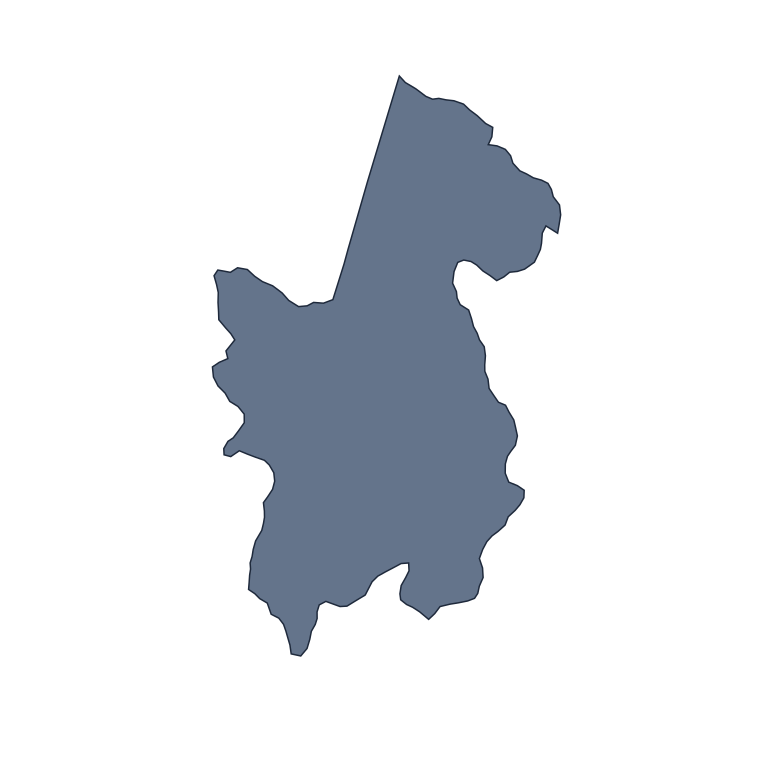 Alvarenga, Minas Gerais, Brazil, rotated 307°
{"feature_id": "56859067B30296109157485", "entity_name": "Alvarenga", "entity_type": "district", "adm_level": 2, "iso_a3": "BRA", "parent_name": "Brazil", "parent_adm1": "Minas Gerais", "projection": "robinson", "projection_center": [-41.705, -19.42], "detail": "fine", "context": "isolated", "style": "filled", "palette": "slate", "viewbox_px": 768, "rotation_deg": 307, "n_neighbors": 0, "source": "geoboundaries", "source_scale": "gbopen_adm2", "svg_char_len": 2643}
<svg xmlns="http://www.w3.org/2000/svg" viewBox="0 0 768 768"><g transform="rotate(307 384 384)"><path d="M608.9,431.9L616.7,427.9L625.4,423.3L632.6,416.4L635.4,406.5L640.1,400.6L642.9,394.2L641.6,387.1L638.5,379.1L637.6,371.7L636.0,364.2L637.9,354.1L642.5,347.7L644.4,339.7L642.2,331.0L637.9,323.2L646.3,321.4L654.4,316.4L653.2,308.4L654.4,297.0L654.4,287.3L655.4,279.1L652.3,269.4L648.3,262.6L645.1,255.9L640.7,251.4L638.9,244.3L638.9,231.9L637.6,219.6L639.2,210.9L535.8,249.0L470.0,274.2L455.7,279.9L420.6,292.4L412.1,287.0L406.8,278.7L400.2,275.6L394.4,269.2L393.4,257.6L395.4,247.9L395.4,236.0L392.6,225.3L392.2,215.9L393.2,206.0L388.7,197.1L380.7,194.1L377.9,188.4L375.0,182.7L368.2,183.1L362.6,190.5L357.3,196.6L349.2,202.4L342.0,208.5L335.9,213.4L333.4,224.2L332.0,231.4L329.4,238.3L322.1,238.1L315.3,237.9L310.3,244.0L302.2,239.4L294.4,236.7L286.9,243.6L282.5,252.7L281.1,262.6L277.3,271.3L278.2,280.9L275.8,290.5L269.0,295.7L259.0,296.0L250.3,296.0L244.3,293.9L236.0,294.9L231.2,298.9L233.8,305.3L243.6,308.6L245.8,317.1L248.3,325.7L251.1,334.4L250.3,341.1L246.8,349.4L240.6,355.2L232.8,358.4L223.7,359.0L216.7,359.1L210.6,364.9L205.6,368.8L200.0,371.7L193.5,374.5L181.4,375.9L173.2,379.1L166.8,382.5L160.5,384.8L155.9,388.8L150.5,391.7L144.4,395.7L138.4,399.5L138.8,407.1L137.8,413.9L138.8,422.6L132.2,432.5L133.7,440.9L131.6,448.4L127.6,454.4L123.3,460.1L118.9,466.0L112.6,472.3L116.7,481.2L126.5,481.7L135.4,478.4L142.8,474.8L150.6,473.8L156.5,471.7L161.7,467.7L168.6,465.2L175.4,468.4L177.6,475.6L179.8,482.8L184.3,488.1L193.5,491.7L204.2,496.0L211.7,494.7L218.9,493.5L226.9,494.7L234.6,498.1L241.8,501.5L250.9,505.7L255.9,511.4L249.9,516.4L242.5,517.8L233.4,519.0L226.0,523.0L221.7,527.2L221.5,534.7L222.9,541.2L223.5,549.6L222.9,561.3L231.2,562.7L240.0,562.7L248.0,569.3L253.9,575.0L261.1,581.4L267.3,585.3L273.2,584.9L279.9,581.8L289.1,579.6L296.4,573.4L302.0,565.2L311.2,562.4L320.0,561.0L327.8,561.7L335.0,563.8L344.2,565.6L352.7,563.1L362.0,564.8L369.4,565.2L377.3,564.2L383.5,559.9L383.1,551.7L380.7,542.7L385.7,534.5L393.2,529.0L400.6,526.1L406.3,525.8L414.1,525.8L422.8,521.8L429.0,514.6L433.4,509.3L436.8,500.7L440.2,493.8L438.3,486.4L440.8,478.9L443.7,470.6L450.5,464.1L454.8,456.9L459.8,453.0L467.6,448.0L474.1,441.6L476.7,433.7L480.6,427.9L483.7,421.0L488.8,414.6L494.0,407.1L493.2,397.1L496.6,390.7L501.4,386.2L505.8,378.1L515.9,372.3L525.5,369.7L531.0,373.1L534.2,379.8L534.8,386.4L533.8,394.9L534.4,403.6L534.4,411.8L541.7,415.3L548.9,417.1L554.2,422.8L560.4,427.2L571.8,430.8L579.3,429.3L585.6,427.9L591.2,425.1L599.8,419.6L607.7,418.2L608.9,431.9Z" fill="#64748b" stroke="#1e293b" stroke-width="1.5"/></g></svg>